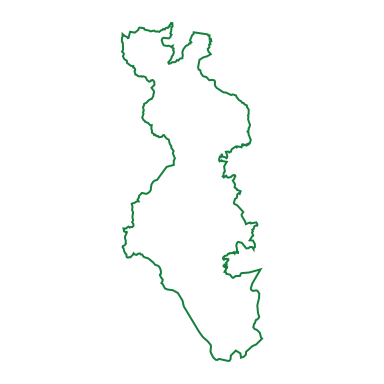 Nhu Thanh, Thanh Hóa, Vietnam
{"feature_id": "81297802B85505749224324", "entity_name": "Nhu Thanh", "entity_type": "district", "adm_level": 2, "iso_a3": "VNM", "parent_name": "Vietnam", "parent_adm1": "Thanh Hóa", "projection": "natural_earth1", "projection_center": [105.557, 19.588], "detail": "fine", "context": "isolated", "style": "outline", "palette": "green", "viewbox_px": 384, "rotation_deg": 0, "n_neighbors": 0, "source": "geoboundaries", "source_scale": "gbopen_adm2", "svg_char_len": 5957}
<svg xmlns="http://www.w3.org/2000/svg" viewBox="0 0 384 384"><path d="M215.8,359.8L217.4,359.9L219.0,358.9L228.4,361.0L229.7,360.6L230.6,358.9L230.8,355.6L235.8,350.6L240.4,353.4L241.0,357.7L243.7,356.8L245.9,354.7L246.0,351.9L252.4,346.1L256.1,344.5L262.1,338.6L261.0,337.5L259.9,332.9L256.8,329.8L254.8,329.1L253.3,327.4L254.2,323.7L255.0,323.0L255.7,320.5L256.3,319.6L257.1,319.6L258.4,318.4L259.2,316.9L258.0,313.0L257.3,305.4L259.1,297.7L259.2,293.4L257.4,290.8L256.4,290.4L252.9,290.9L251.1,289.7L250.8,288.4L252.4,283.3L260.5,269.4L249.1,272.5L241.8,273.1L240.8,273.6L239.9,276.0L235.9,276.0L233.0,277.9L231.7,277.0L230.6,275.3L229.6,274.5L226.4,273.9L226.0,272.4L224.6,271.9L225.1,271.4L225.1,270.7L225.7,270.4L226.1,268.4L227.0,267.9L227.1,266.7L226.1,266.5L225.8,267.4L225.2,267.3L224.2,266.8L224.2,265.9L223.6,266.0L223.6,265.5L224.7,265.2L224.7,264.5L226.6,264.6L226.8,264.1L226.1,262.7L228.3,260.3L228.2,259.0L226.9,259.3L226.1,258.6L224.1,259.6L223.9,258.0L223.1,258.4L223.2,257.4L224.8,255.9L227.1,255.4L227.9,254.0L229.2,253.7L229.4,253.1L232.2,253.1L233.7,252.2L233.8,253.0L234.5,252.9L234.8,253.5L235.4,252.5L238.0,252.9L238.0,251.8L236.7,251.3L237.1,249.8L236.3,245.7L236.9,243.1L238.2,241.9L241.8,242.8L246.3,248.4L248.6,248.2L249.9,247.0L252.1,247.0L253.6,249.3L253.7,247.8L254.9,247.1L254.8,243.9L253.0,240.6L249.7,240.3L252.4,236.1L253.2,235.6L252.0,232.4L252.9,231.4L252.2,229.7L253.7,228.9L254.3,226.3L255.9,225.5L257.1,225.7L257.4,224.3L256.3,222.4L250.7,223.4L250.4,222.6L249.6,222.6L245.9,224.1L245.1,221.4L241.8,216.0L241.6,214.5L243.3,212.0L237.2,205.3L234.3,203.9L233.9,202.6L235.0,199.0L236.9,197.7L237.3,194.4L238.7,193.2L239.7,193.9L240.6,191.2L236.9,189.8L236.9,189.0L234.6,187.4L235.0,184.2L232.8,180.6L234.2,179.0L234.7,176.9L235.3,176.5L235.2,175.5L233.9,174.9L232.3,175.6L231.2,176.8L228.4,177.7L227.2,177.3L226.3,175.7L223.8,177.5L222.7,176.4L223.6,175.4L223.7,172.9L224.9,171.5L224.1,166.4L226.8,161.8L222.4,161.1L221.8,160.5L221.5,161.0L221.0,160.7L219.6,161.3L219.0,159.9L219.9,156.6L221.0,157.0L221.6,154.5L222.1,154.6L222.0,156.4L225.6,157.4L226.4,158.2L227.2,157.5L227.2,155.5L225.9,151.8L228.5,151.6L229.2,152.5L231.1,151.5L231.2,150.3L232.0,149.0L236.0,146.4L236.8,147.4L237.8,146.4L241.5,147.3L242.2,144.4L243.3,144.3L243.5,145.3L245.3,144.8L246.2,145.6L247.0,145.3L247.1,144.2L247.9,144.3L248.3,143.7L248.8,144.3L249.9,143.1L250.8,140.0L248.5,134.1L248.6,132.3L247.5,131.7L248.8,129.5L248.6,128.2L249.4,127.2L250.0,125.0L248.1,119.4L248.4,116.8L248.0,115.4L248.6,114.3L248.7,109.6L246.9,106.9L246.9,105.5L244.5,104.3L243.6,103.0L242.0,102.7L241.3,101.4L238.9,100.0L236.4,96.8L236.1,95.5L232.7,94.4L231.1,95.0L226.1,92.6L223.3,92.3L216.5,87.8L214.9,85.4L215.0,81.8L214.5,80.5L212.5,79.9L209.2,80.2L206.5,77.1L203.0,76.2L201.1,73.4L200.2,70.2L198.6,69.5L198.1,67.1L199.5,59.8L203.1,57.5L207.3,56.2L210.8,54.2L208.4,51.5L207.7,48.9L209.4,47.3L209.1,44.6L210.4,44.3L209.9,41.8L211.3,41.3L210.9,39.1L209.7,39.5L209.5,35.4L208.4,35.7L207.7,34.4L193.7,32.3L193.5,34.1L192.2,35.1L190.0,40.4L191.2,42.2L190.5,42.4L190.4,43.5L189.3,43.4L188.4,44.7L185.8,46.0L183.3,49.4L182.3,52.5L182.8,55.2L182.3,58.3L179.9,58.6L178.4,60.6L177.0,60.0L175.9,61.6L174.8,62.2L172.2,62.2L170.5,63.4L168.8,63.7L168.3,62.3L170.6,59.7L171.7,57.6L171.7,56.5L172.8,55.4L173.8,52.7L173.7,50.8L173.1,50.1L173.6,48.5L172.0,47.5L172.6,45.9L171.0,46.7L168.6,45.7L167.0,46.0L163.8,45.3L162.9,44.0L161.7,40.3L162.2,38.8L163.3,37.8L168.9,38.4L170.6,36.9L170.6,35.7L171.6,34.7L170.3,33.4L171.2,31.2L171.4,28.1L172.6,26.2L172.3,23.1L171.4,23.0L171.6,24.3L171.6,25.2L171.4,23.9L170.7,23.8L169.4,25.5L169.8,26.3L167.9,27.4L167.8,27.9L166.4,27.8L165.2,28.5L164.9,29.4L163.2,29.0L162.8,29.8L161.4,30.2L159.1,31.9L157.6,31.4L155.6,31.6L154.0,30.6L150.4,31.4L149.4,30.7L144.6,29.6L144.0,28.2L139.5,27.6L138.7,28.3L138.4,29.8L134.9,32.6L130.1,31.8L128.5,38.0L127.8,38.1L127.8,37.4L124.3,35.7L122.6,34.1L122.6,36.5L121.9,38.0L121.9,41.8L122.8,42.7L123.1,49.8L122.0,51.7L123.4,52.8L123.9,54.1L122.9,56.3L124.3,59.1L126.9,60.8L126.9,62.8L131.0,65.9L133.3,66.0L133.2,67.5L134.3,67.8L135.1,69.2L135.1,70.5L134.5,71.2L135.4,74.6L136.6,74.7L137.3,75.6L139.4,76.5L141.3,76.2L142.0,76.7L143.1,76.3L145.6,77.1L147.1,80.1L149.2,81.7L150.6,81.2L151.0,80.4L152.8,80.0L154.2,81.7L154.5,84.8L151.5,87.8L153.9,91.1L154.0,92.9L153.4,94.0L153.3,96.0L151.6,99.1L150.8,99.0L148.2,100.7L146.6,102.6L144.1,103.9L144.1,105.2L143.0,107.2L143.8,110.6L143.0,112.3L143.5,113.8L142.2,117.6L143.6,120.2L144.7,120.7L145.0,121.7L148.3,123.1L150.2,125.3L151.7,125.1L151.3,128.9L152.0,130.3L151.9,132.7L154.2,134.2L154.2,135.0L155.5,134.8L156.1,135.9L158.3,136.2L158.6,137.1L159.2,137.2L161.9,136.8L163.2,135.1L164.0,135.1L166.4,138.4L168.7,139.6L169.8,143.9L171.4,146.4L171.3,147.8L173.6,151.1L172.8,153.2L174.9,158.4L173.7,160.9L173.8,164.9L166.6,166.9L157.0,180.0L154.4,180.7L153.1,181.9L151.4,184.6L150.7,190.3L148.8,192.6L146.3,193.9L141.9,192.9L139.0,196.0L138.8,197.9L137.6,199.4L138.7,201.4L136.6,201.5L134.4,202.9L131.7,203.7L132.5,206.7L132.1,210.0L133.1,212.3L132.4,217.1L133.1,220.4L132.1,222.2L133.4,224.0L133.5,225.8L132.3,227.1L130.5,227.0L129.7,227.6L128.4,226.6L125.7,228.7L123.5,228.4L124.1,231.3L125.3,232.0L126.7,231.9L126.8,232.7L125.1,236.3L125.0,238.3L125.8,240.8L125.6,242.5L126.0,243.6L124.5,245.4L122.8,246.1L122.6,247.3L123.7,248.6L124.0,250.7L125.2,253.3L126.4,254.4L126.6,256.8L127.1,257.3L128.0,257.7L129.2,257.1L130.4,257.3L133.1,254.5L133.6,253.3L135.1,254.6L136.7,254.9L137.6,253.9L139.9,253.4L140.7,254.4L142.2,254.5L143.5,256.7L145.6,257.7L147.2,257.9L149.2,259.1L153.4,262.6L155.0,264.7L158.4,265.9L159.9,267.9L160.9,270.8L160.9,273.9L159.9,274.6L160.0,275.2L160.9,277.3L162.7,279.4L162.6,280.9L161.4,283.1L162.7,284.1L164.9,288.4L167.5,289.5L172.8,290.2L177.9,293.0L182.5,300.6L183.8,306.4L199.2,332.0L203.0,337.2L207.6,341.2L210.6,344.8L211.0,346.3L210.5,351.3L211.0,353.0L213.3,357.5L215.8,359.8Z" fill="none" stroke="#15803d" stroke-width="2"/></svg>